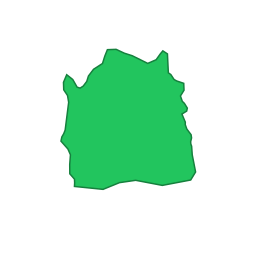 the border of Kirsehir, rotated 228°
{"feature_id": "TUR-2286", "entity_name": "Kirsehir", "entity_type": "Province", "adm_level": 1, "iso_a3": "TUR", "parent_name": "Turkey", "parent_adm1": "", "projection": "robinson", "projection_center": [34.21, 39.339], "detail": "fine", "context": "isolated", "style": "filled", "palette": "green", "viewbox_px": 256, "rotation_deg": 228, "n_neighbors": 0, "source": "natural_earth", "source_scale": "10m", "svg_char_len": 886}
<svg xmlns="http://www.w3.org/2000/svg" viewBox="0 0 256 256"><g transform="rotate(228 128 128)"><path d="M101.3,182.9L102.3,177.4L94.0,174.5L92.2,172.8L87.8,171.0L80.8,170.4L78.1,168.6L75.9,165.4L74.1,164.0L71.9,163.1L65.1,157.8L50.1,148.8L47.4,139.8L62.4,115.1L84.0,98.7L93.1,85.1L99.1,68.4L120.4,49.1L123.0,51.7L125.8,54.0L132.9,54.1L139.8,60.2L146.6,67.3L152.6,69.3L163.1,69.4L165.6,72.8L166.8,76.5L168.5,79.9L186.8,101.1L192.6,104.8L199.4,105.8L205.1,110.6L208.6,118.1L201.0,119.4L192.4,117.5L189.7,119.1L189.1,122.8L190.2,128.5L193.1,133.4L194.7,141.7L193.0,152.2L196.9,158.8L200.0,165.1L194.4,171.8L186.1,175.3L178.9,179.5L162.8,185.9L159.9,194.6L161.5,201.8L162.0,205.5L156.7,206.9L142.0,194.9L139.1,195.6L133.3,194.7L130.5,195.6L123.9,199.3L118.6,194.9L116.7,188.4L111.5,186.2L108.6,186.4L103.1,185.4L101.3,182.9Z" fill="#22c55e" stroke="#15803d" stroke-width="1.5"/></g></svg>